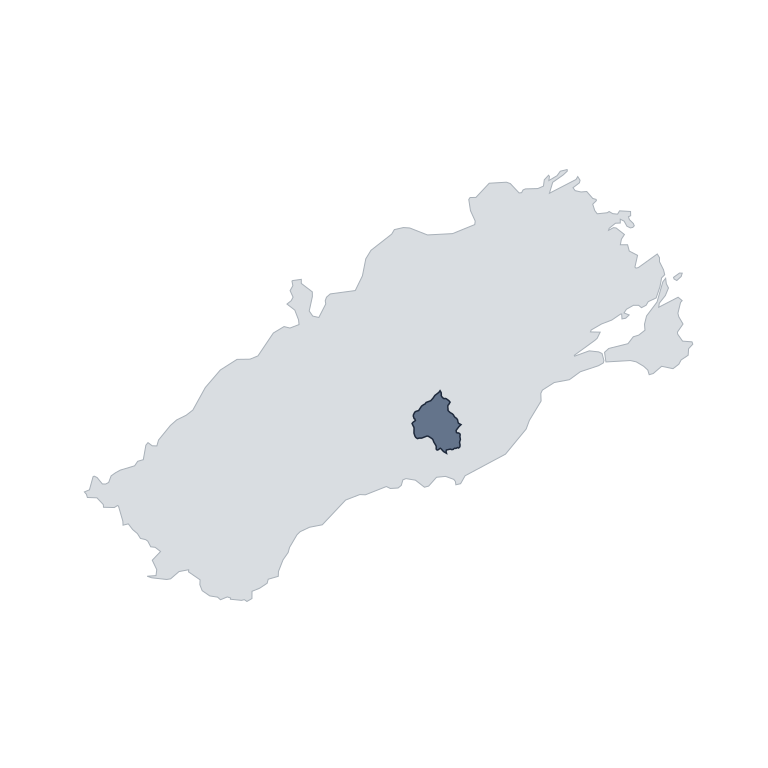 Çorum highlighted on a map of Turkey, rotated 149°
{"feature_id": "TUR-2291", "entity_name": "Çorum", "entity_type": "Province", "adm_level": 1, "iso_a3": "TUR", "parent_name": "Turkey", "parent_adm1": "", "projection": "albers", "projection_center": [34.616, 40.609], "detail": "fine", "context": "in_parent", "style": "filled", "palette": "slate", "viewbox_px": 768, "rotation_deg": 149, "n_neighbors": 0, "source": "natural_earth", "source_scale": "10m", "svg_char_len": 5114}
<svg xmlns="http://www.w3.org/2000/svg" viewBox="0 0 768 768"><g transform="rotate(149 384 384)"><path d="M573.7,273.6L583.8,276.3L586.8,273.4L595.7,273.0L603.9,274.3L607.7,268.1L613.5,268.2L614.8,271.1L617.5,271.9L626.5,278.6L625.7,279.6L628.0,282.2L635.3,283.3L636.4,287.0L642.5,292.1L646.3,300.5L645.2,306.8L642.5,310.9L648.3,323.6L647.1,325.4L656.3,328.8L667.3,326.9L671.0,328.4L682.9,337.5L686.0,341.2L678.1,337.2L674.4,341.9L673.4,352.3L661.8,355.5L664.3,361.9L667.8,364.6L667.4,371.0L668.5,373.4L672.3,377.1L672.4,382.8L674.4,388.6L675.2,395.8L680.4,397.4L678.5,400.9L674.5,416.0L675.0,417.1L678.8,417.0L687.9,422.8L686.7,425.2L688.7,434.3L696.7,439.5L695.9,442.7L696.4,445.8L691.0,445.0L681.1,454.4L679.9,454.3L678.1,451.6L676.9,443.4L674.1,441.6L670.7,441.4L665.2,445.8L659.8,446.2L654.4,446.0L639.9,442.3L634.9,444.6L629.3,443.1L619.6,454.2L616.5,455.3L614.5,450.4L610.6,447.9L606.1,452.1L588.4,458.5L580.1,460.0L569.7,459.1L561.3,460.1L539.0,473.0L517.1,480.3L497.3,480.8L486.1,474.3L477.6,473.0L452.6,484.7L440.1,484.7L435.8,480.4L426.2,478.7L424.2,483.0L422.4,493.3L426.0,502.5L420.6,503.2L417.2,505.3L416.4,512.4L411.5,515.2L409.9,519.6L409.0,519.7L401.0,516.3L403.1,512.8L398.0,499.9L400.4,495.8L410.5,485.1L410.1,478.9L405.6,474.6L392.7,482.6L391.5,485.6L388.6,488.0L383.7,488.9L360.5,478.9L346.8,487.8L335.1,500.7L326.3,505.3L300.2,508.5L295.6,511.0L286.8,508.1L281.6,504.5L270.0,489.4L247.8,477.6L224.1,473.9L221.9,476.7L220.6,488.0L216.3,498.5L214.2,499.5L209.1,496.6L190.4,501.9L175.1,493.9L172.5,490.7L169.8,478.2L167.5,477.1L164.9,478.7L162.3,478.4L151.5,472.3L145.4,471.5L141.4,476.5L135.4,478.2L135.3,476.7L137.9,473.5L128.4,473.4L123.3,475.6L116.6,473.5L117.2,472.1L122.8,470.9L135.5,470.0L144.0,462.3L114.1,460.4L111.1,462.0L111.0,457.7L112.9,455.8L120.9,454.9L120.6,451.3L116.2,447.1L111.1,444.6L109.5,435.5L107.1,433.0L107.5,431.8L112.5,430.6L114.0,424.2L113.6,420.1L104.4,415.8L102.2,415.9L100.2,412.2L96.3,409.3L92.9,411.1L83.8,404.9L85.9,401.2L88.3,401.5L89.0,398.5L87.6,393.2L88.0,390.7L90.1,390.1L92.4,390.9L94.5,394.1L94.3,399.9L96.6,403.6L98.6,400.3L102.8,402.6L110.8,401.5L112.4,400.1L106.7,399.8L104.7,398.2L100.9,388.3L105.9,385.9L109.7,381.6L103.5,377.9L105.3,371.6L100.4,363.7L108.7,355.0L108.4,353.6L106.1,352.8L82.8,354.7L82.8,350.4L84.9,346.9L85.6,337.9L87.1,333.1L91.4,332.0L97.3,325.3L106.4,317.6L115.1,318.5L118.8,316.5L124.0,316.8L125.2,320.3L129.6,323.0L137.7,323.2L141.7,321.3L138.3,316.9L142.9,315.9L146.5,317.2L144.2,321.6L145.3,322.1L155.8,321.5L166.5,323.4L178.6,323.6L180.2,322.3L172.0,317.1L177.7,313.4L180.8,312.8L206.1,310.6L206.3,309.7L191.0,306.7L183.4,300.9L181.4,297.8L183.4,290.8L185.2,289.1L190.7,289.2L209.4,293.4L222.9,292.2L237.3,297.6L251.4,297.2L254.4,295.2L258.1,288.5L278.2,277.9L285.3,272.2L316.0,261.3L361.7,263.6L369.7,259.1L374.3,260.6L373.0,263.6L373.3,266.3L378.8,273.1L387.0,277.0L398.3,273.5L402.5,274.7L406.6,285.4L413.9,291.6L417.2,292.1L421.4,288.2L425.5,287.6L432.4,291.2L434.8,294.9L457.0,298.6L461.7,301.7L476.7,304.3L509.4,295.1L521.7,299.6L531.9,300.6L536.2,299.6L549.1,292.6L553.0,288.9L561.1,285.3L571.0,277.7L573.7,273.6ZM151.9,255.4L150.7,260.1L152.3,265.5L156.4,273.1L160.7,277.2L182.4,288.6L178.6,297.6L173.0,298.7L154.1,292.9L146.0,296.1L140.5,294.7L132.6,295.7L129.9,301.1L123.9,307.1L107.8,313.6L92.3,328.0L88.1,329.6L90.4,324.5L90.7,319.8L97.3,314.9L106.4,311.5L109.0,308.3L87.2,306.9L85.5,301.9L87.8,301.2L95.6,293.3L96.7,289.9L96.8,281.4L105.7,277.4L106.6,275.5L106.0,267.0L98.3,261.5L98.8,259.1L104.7,257.4L108.5,252.0L116.9,251.6L121.1,249.1L128.4,248.3L136.9,256.2L147.8,254.3L151.9,255.4ZM80.9,326.3L73.5,326.9L71.3,325.4L73.9,323.1L79.7,321.9L81.3,324.6L80.9,326.3Z" fill="#d9dde1" stroke="#a8b0b8" stroke-width="1"/><path d="M353.0,290.7L353.8,291.7L355.0,291.7L355.7,291.8L356.2,292.4L357.3,292.6L358.3,292.3L359.2,292.6L360.0,293.1L360.4,293.8L360.9,294.1L364.5,295.3L365.2,294.5L365.7,293.9L365.9,293.7L365.9,293.4L366.0,292.7L366.1,292.4L367.7,295.3L368.1,296.9L368.3,298.5L368.9,300.0L371.3,299.7L372.5,300.0L372.8,301.2L372.3,302.2L371.6,303.1L371.2,304.4L371.2,308.6L370.7,311.3L371.0,312.4L372.3,315.2L373.2,316.7L374.2,317.3L379.5,318.2L381.9,319.6L383.0,319.8L383.5,320.0L384.3,321.9L384.3,323.5L383.6,326.5L380.9,330.8L380.6,331.8L380.6,332.9L380.3,335.7L379.0,336.2L375.9,336.5L375.6,338.4L376.0,338.8L375.9,339.5L375.6,340.5L375.5,341.3L374.7,342.4L372.2,344.0L370.7,344.1L368.0,343.4L363.2,345.7L360.6,345.9L359.3,345.7L357.4,346.5L352.5,345.6L349.3,346.6L346.3,348.0L341.2,348.6L339.4,349.4L339.4,347.3L340.2,345.6L340.9,344.6L341.0,343.2L340.6,342.0L340.6,341.5L340.5,341.0L339.9,340.4L339.1,340.2L338.3,339.4L337.0,336.4L336.7,334.4L339.2,333.0L339.9,332.9L340.4,332.6L341.4,331.0L342.1,329.3L342.6,329.0L342.7,327.9L342.4,326.8L342.1,325.7L341.6,324.7L340.8,323.3L340.4,321.7L340.5,320.3L340.3,318.8L339.5,317.2L339.4,315.4L340.0,313.8L340.4,312.1L338.9,309.5L341.6,308.9L346.1,307.1L346.9,305.0L345.9,303.9L345.2,303.6L344.6,302.0L344.9,301.2L346.0,299.9L347.1,297.1L348.6,295.8L349.4,294.9L350.2,292.6L351.3,291.1L353.0,290.7Z" fill="#64748b" stroke="#1e293b" stroke-width="1.5"/></g></svg>